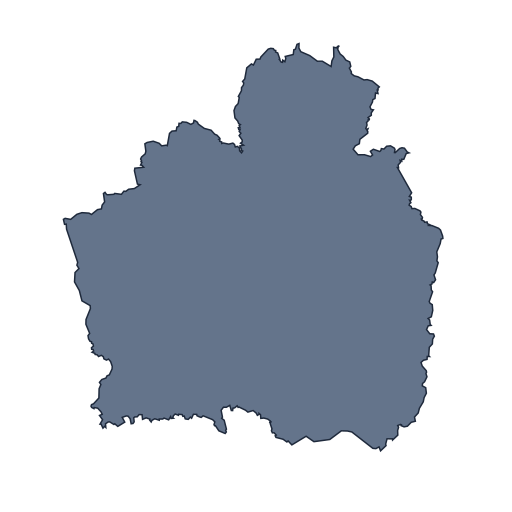 Madero, Michoacán, Mexico (orthographic projection), rotated 354°
{"feature_id": "50627088B49828923670212", "entity_name": "Madero", "entity_type": "district", "adm_level": 2, "iso_a3": "MEX", "parent_name": "Mexico", "parent_adm1": "Michoacán", "projection": "orthographic", "projection_center": [-101.157, 19.354], "detail": "fine", "context": "isolated", "style": "filled", "palette": "slate", "viewbox_px": 512, "rotation_deg": 354, "n_neighbors": 0, "source": "geoboundaries", "source_scale": "gbopen_adm2", "svg_char_len": 6038}
<svg xmlns="http://www.w3.org/2000/svg" viewBox="0 0 512 512"><g transform="rotate(354 256 256)"><path d="M385.4,441.4L388.8,441.1L393.0,437.6L397.2,437.0L396.8,432.7L400.9,429.1L402.6,424.5L407.1,418.5L408.4,414.4L411.1,410.3L411.0,404.7L407.8,402.5L408.3,400.2L410.5,398.7L413.4,394.0L412.7,390.6L413.5,389.4L413.3,387.8L409.8,382.8L409.0,379.1L411.6,377.2L415.3,376.7L415.8,373.8L418.0,374.1L417.3,373.2L418.8,364.9L422.2,361.9L423.0,357.2L425.0,354.4L424.4,352.1L420.7,351.5L417.9,347.0L420.0,343.4L422.9,343.3L422.1,342.2L422.0,337.9L420.6,336.1L424.0,334.8L426.1,328.6L426.2,322.8L424.1,321.1L423.5,319.4L427.9,310.0L426.8,308.1L427.0,303.9L426.1,303.0L428.1,302.2L428.6,300.3L429.9,301.0L432.1,298.4L431.0,293.4L432.5,291.6L436.5,281.7L435.4,279.7L436.4,275.8L436.2,270.8L440.5,262.9L441.8,258.5L443.7,258.1L443.7,255.7L442.2,249.5L440.5,247.5L434.3,244.2L431.3,243.7L432.3,243.2L429.9,241.8L429.7,240.0L427.2,240.1L426.8,238.9L424.5,237.5L424.2,236.5L425.2,236.3L425.6,235.0L423.8,232.0L424.6,229.6L423.8,228.2L418.9,225.3L416.0,225.2L415.5,223.0L413.6,221.5L414.2,220.0L415.6,219.2L414.5,216.5L415.7,216.8L416.4,215.9L416.6,213.7L414.7,212.8L417.4,209.4L405.9,182.9L407.0,183.1L406.9,180.3L409.6,177.9L409.3,176.0L410.9,176.9L411.0,175.0L413.1,175.3L416.1,169.8L418.9,169.4L417.3,168.4L414.9,164.3L412.5,163.6L410.1,164.1L405.2,167.8L404.5,167.6L405.4,164.6L404.9,163.2L401.3,160.5L397.4,160.5L394.4,163.0L391.9,162.3L391.2,164.1L390.0,165.0L383.9,162.1L380.7,163.8L382.5,167.7L380.4,169.1L374.4,166.6L368.0,166.0L363.8,159.9L366.3,156.8L370.5,155.1L371.5,150.8L379.9,145.6L380.2,143.9L379.6,143.1L380.6,141.2L379.2,141.7L378.5,140.7L380.1,137.4L379.9,134.7L381.4,133.7L381.9,132.1L382.8,132.4L383.1,131.6L381.9,130.0L385.4,128.1L385.6,125.7L388.0,122.9L385.8,122.3L384.9,119.6L387.9,115.1L388.5,112.7L390.8,111.8L391.9,106.4L394.3,107.2L393.9,103.6L394.8,103.6L394.8,101.9L396.3,100.7L389.9,94.2L385.0,92.2L381.8,92.2L376.1,88.4L372.5,87.1L369.8,84.5L370.1,82.9L368.5,78.9L370.1,77.3L369.5,72.8L365.9,70.6L363.6,66.7L360.8,63.9L358.9,59.2L359.4,56.9L360.8,55.6L358.8,56.2L358.2,57.5L355.0,56.5L354.2,66.2L351.9,69.8L350.5,75.4L342.3,69.2L337.4,68.7L330.4,62.3L321.9,57.5L320.4,53.7L321.0,49.2L318.9,49.8L316.8,54.5L315.2,54.8L314.1,59.5L305.9,60.6L306.3,62.6L305.0,65.8L303.1,64.0L302.6,66.2L301.3,65.8L299.7,62.9L300.3,62.7L298.8,56.3L296.8,55.2L297.1,53.7L295.8,53.3L294.9,51.6L292.4,51.0L289.8,51.5L281.6,58.6L280.5,60.6L276.8,60.3L273.4,65.8L271.5,64.5L266.5,67.9L263.3,78.8L260.9,81.0L261.9,82.6L261.3,84.8L259.2,87.0L258.8,90.1L255.1,95.5L255.9,96.5L254.2,102.5L251.2,105.1L249.3,109.1L249.5,116.5L251.9,119.9L252.6,122.5L254.2,123.7L252.9,124.5L253.5,126.6L251.8,126.6L252.1,128.4L253.4,128.5L252.3,130.5L253.8,132.3L251.8,134.5L254.4,139.3L254.2,141.1L252.4,142.2L255.2,144.5L251.4,144.9L252.8,148.1L252.4,149.4L253.8,150.2L252.4,151.9L250.7,149.7L250.8,146.9L248.9,145.0L246.8,145.4L246.3,142.8L244.8,141.3L240.6,141.9L235.3,140.2L233.7,140.5L233.8,139.0L231.9,138.1L232.2,136.6L231.3,136.2L232.4,135.5L232.1,134.8L229.9,131.8L227.6,130.5L224.5,126.2L217.9,123.7L212.4,118.8L211.7,116.8L209.4,114.9L208.5,114.6L207.8,117.1L205.0,118.3L201.0,115.8L196.7,114.9L195.1,116.3L193.3,116.0L192.7,119.0L190.8,119.5L189.7,123.1L185.5,123.0L182.8,125.0L179.3,137.0L178.2,136.4L173.7,136.6L171.5,133.8L165.8,131.1L159.6,131.7L157.2,132.8L157.4,140.3L156.5,142.8L152.5,145.6L151.4,147.5L152.1,149.3L151.5,150.2L152.3,150.9L150.7,153.5L152.1,153.9L153.6,156.0L144.7,156.0L144.0,158.5L145.6,172.1L148.2,173.0L142.1,176.2L136.3,176.3L133.3,178.1L131.4,177.7L128.6,180.6L122.0,179.0L121.1,179.8L114.9,179.6L113.8,179.2L112.5,176.9L110.8,177.9L111.1,186.4L108.3,189.3L107.2,193.0L103.2,193.3L96.7,197.5L94.4,195.9L87.4,194.7L82.2,195.8L75.5,200.2L70.1,198.6L68.3,199.4L68.9,204.5L70.6,204.5L70.4,209.5L78.0,243.7L76.9,246.4L78.6,250.0L74.3,253.5L72.8,262.8L76.7,271.9L78.2,282.4L85.9,288.0L85.8,291.0L80.3,301.4L79.7,306.1L82.5,315.6L80.6,317.6L80.8,320.9L82.0,323.5L83.5,324.1L83.4,325.6L84.7,326.4L84.9,328.6L82.8,330.0L82.8,331.6L84.3,332.0L84.6,333.6L82.9,334.6L85.6,336.0L85.7,337.1L87.8,337.7L88.9,339.5L91.8,338.6L93.6,340.1L94.0,342.4L96.4,343.9L98.6,343.1L100.4,345.9L101.5,350.8L101.0,353.4L97.7,358.9L95.3,359.6L94.0,361.7L89.8,362.7L87.1,365.3L88.3,367.6L86.1,371.6L84.9,380.8L79.0,386.0L76.9,386.6L76.2,388.1L76.7,389.4L78.9,390.9L79.3,389.8L82.7,390.8L85.6,394.8L86.5,397.4L83.7,398.2L86.3,402.8L83.3,406.9L84.4,407.1L85.8,411.2L87.7,409.6L88.7,410.8L88.8,407.1L91.7,405.6L93.2,405.7L97.1,408.7L98.0,408.1L100.7,411.0L101.6,410.6L108.1,407.5L106.1,402.5L110.3,401.5L112.0,401.9L113.8,404.6L114.3,409.8L116.2,409.7L117.5,408.2L117.5,404.1L118.5,403.4L121.1,403.5L123.2,401.5L126.1,401.9L126.1,406.6L129.8,405.5L133.5,407.2L133.1,408.1L134.4,410.1L135.3,408.6L138.3,407.3L142.6,409.2L142.7,408.0L146.2,408.4L147.6,407.6L152.0,409.8L154.3,406.8L154.6,408.7L156.9,408.7L156.3,408.1L157.2,406.2L159.1,404.7L162.2,406.3L162.5,405.3L166.0,406.0L166.5,407.8L167.9,407.7L168.6,410.6L171.5,411.4L173.9,409.4L175.0,410.6L177.2,406.9L180.5,407.3L180.6,408.7L182.8,410.0L184.6,410.8L186.7,409.4L195.7,414.2L197.7,416.6L196.6,419.4L197.1,420.5L197.9,420.5L200.8,426.0L206.8,429.3L208.1,427.9L207.6,426.1L208.5,425.2L207.2,416.0L204.9,413.8L205.8,412.8L205.2,405.8L207.8,403.0L210.8,403.3L214.3,401.8L215.3,407.1L216.6,407.3L217.2,404.9L218.9,404.8L221.6,403.0L222.4,404.7L223.4,404.5L229.5,408.3L231.6,410.4L237.0,409.4L239.8,412.3L240.7,414.6L242.3,413.9L242.5,412.8L243.9,414.3L243.8,418.0L246.9,418.0L250.6,419.4L252.9,421.5L252.4,422.7L253.4,422.7L252.6,424.0L253.8,429.6L253.1,431.4L253.8,433.6L255.5,433.7L257.4,436.2L256.3,436.8L256.9,438.5L263.8,441.1L267.3,444.2L268.6,443.3L271.9,447.6L287.0,440.5L294.2,446.7L310.2,446.2L322.6,438.8L328.6,439.6L332.9,441.0L352.1,459.5L355.1,460.1L358.4,458.7L359.5,462.8L365.5,458.2L365.3,456.6L367.2,451.5L372.6,452.1L372.6,453.3L378.3,449.0L378.6,444.4L379.9,441.2L379.2,439.4L382.2,438.6L383.0,439.1L382.6,439.9L385.4,441.4Z" fill="#64748b" stroke="#1e293b" stroke-width="1.5"/></g></svg>